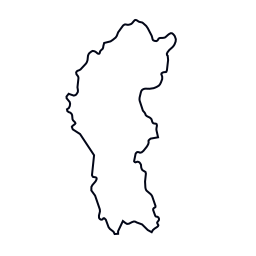 the Metropolitan department of Orne, rotated 263°
{"feature_id": "FRA-5332", "entity_name": "Orne", "entity_type": "Metropolitan department", "adm_level": 1, "iso_a3": "FRA", "parent_name": "France", "parent_adm1": "", "projection": "equal_earth", "projection_center": [0.157, 48.576], "detail": "fine", "context": "isolated", "style": "outline", "palette": "ink", "viewbox_px": 256, "rotation_deg": 263, "n_neighbors": 0, "source": "natural_earth", "source_scale": "10m", "svg_char_len": 3440}
<svg xmlns="http://www.w3.org/2000/svg" viewBox="0 0 256 256"><g transform="rotate(263 128 128)"><path d="M21.7,138.8L24.3,135.2L30.6,130.2L33.2,125.1L34.1,123.9L34.5,122.5L34.1,120.5L32.9,117.3L32.9,115.4L34.0,113.9L36.3,111.6L26.8,105.6L24.2,105.3L24.4,101.8L26.8,101.0L30.1,97.7L32.0,96.6L39.7,94.8L41.3,93.5L41.4,92.6L41.0,92.2L40.5,91.7L40.2,90.9L40.4,89.9L41.0,89.1L41.8,88.5L42.6,88.3L44.6,88.5L48.6,90.0L50.7,90.1L64.9,87.1L70.5,84.0L74.0,84.5L75.8,85.8L79.0,89.3L80.8,90.5L81.5,90.7L82.1,90.7L82.7,90.3L83.1,89.5L83.3,88.8L83.6,87.6L83.9,87.1L85.6,86.5L105.1,91.0L127.8,79.7L133.4,73.0L136.0,72.4L136.8,73.1L138.3,75.7L139.1,76.4L140.1,76.1L142.3,74.4L143.4,74.0L147.5,74.1L148.7,73.8L150.2,72.7L151.0,71.1L152.1,69.9L154.0,69.7L155.0,71.7L156.9,72.9L159.1,73.5L160.9,73.3L165.0,70.7L166.7,70.8L169.2,73.3L168.8,74.0L166.8,78.1L166.9,79.2L167.4,80.5L168.1,81.2L169.7,82.5L170.8,82.8L171.9,82.9L174.6,82.8L183.5,84.9L184.6,84.9L185.6,84.6L187.6,83.4L189.4,83.3L190.3,83.9L190.9,84.8L191.1,85.8L191.4,86.8L191.9,88.0L197.2,94.3L198.6,95.3L200.3,96.1L204.6,97.1L205.9,97.8L206.7,98.4L207.3,99.2L208.3,100.9L208.7,101.9L208.8,102.1L208.6,103.1L208.3,103.9L207.8,104.8L207.0,105.7L206.0,106.6L205.3,107.5L205.3,108.6L206.1,109.2L207.4,109.6L208.2,110.4L209.8,112.6L211.1,113.2L212.3,113.5L215.3,114.7L216.1,121.2L217.3,123.6L219.3,126.8L220.8,128.1L224.2,129.9L230.3,135.6L230.9,136.7L231.2,137.7L231.0,138.4L230.9,138.8L230.8,139.1L230.5,140.1L230.4,141.1L230.5,142.2L230.8,143.6L231.2,144.4L231.9,145.3L232.9,146.3L234.2,147.8L234.3,148.9L233.7,150.0L232.8,151.0L232.1,151.9L231.7,152.9L231.0,154.9L230.3,155.7L227.1,158.5L224.6,159.8L216.8,162.7L215.2,163.0L213.2,163.2L212.3,163.5L211.8,164.0L211.2,165.1L210.8,166.7L211.2,167.8L212.0,168.6L212.9,169.2L213.4,170.2L213.4,171.4L213.2,173.3L213.2,174.5L213.3,175.6L213.5,176.0L213.7,176.4L215.7,179.3L216.4,180.6L216.9,182.1L216.6,183.3L215.7,184.2L214.9,184.8L213.5,185.6L210.3,186.3L208.0,185.8L205.2,184.3L203.9,183.2L202.8,182.0L200.4,178.5L198.3,176.4L196.9,175.6L195.8,175.6L195.3,175.8L195.1,176.0L194.9,176.2L190.6,176.1L180.7,173.7L179.1,172.9L178.9,172.4L179.0,171.1L179.0,170.2L178.8,169.2L178.2,168.0L177.3,167.6L176.3,167.9L174.7,168.2L172.4,167.9L169.3,166.3L167.5,165.1L166.3,163.8L165.4,161.8L164.9,160.3L164.4,158.3L164.3,154.2L164.9,150.2L164.9,149.1L164.7,148.0L164.1,146.7L163.2,145.8L161.8,145.1L157.0,143.3L155.2,142.9L153.6,142.9L143.4,144.9L141.5,146.2L140.3,146.8L138.8,147.1L137.7,147.9L136.9,149.0L136.0,150.4L135.2,151.4L134.5,151.9L134.0,152.3L132.7,152.6L131.8,152.7L131.1,152.9L130.4,153.1L129.7,153.6L129.3,154.4L128.9,156.2L128.3,156.9L126.7,157.0L124.6,156.3L123.2,156.0L122.0,156.0L115.1,156.7L114.7,149.2L114.0,148.0L113.1,146.9L112.1,146.7L111.0,146.7L109.3,146.0L107.3,144.5L103.4,140.5L102.2,138.6L102.0,136.9L102.7,135.8L103.0,134.2L102.4,133.2L101.5,132.4L94.3,130.0L93.4,130.5L93.0,131.2L93.2,132.3L93.4,133.2L93.1,134.2L92.5,135.1L91.4,135.8L89.9,136.4L87.3,136.3L85.7,136.6L84.4,137.2L83.3,138.6L82.7,139.4L82.2,140.0L80.5,140.2L72.8,138.4L66.9,138.0L65.5,138.1L64.3,138.4L63.4,138.9L59.5,142.5L58.4,143.2L57.2,143.7L47.2,145.8L46.1,145.5L45.7,144.7L45.3,143.8L44.5,143.1L43.4,143.0L37.7,144.3L36.9,144.7L36.5,145.5L36.3,146.4L35.5,147.3L34.1,147.7L33.0,147.5L32.1,146.8L31.4,146.0L30.5,145.4L29.6,145.5L28.8,145.9L27.8,146.3L26.9,145.8L26.3,145.0L24.9,142.1L23.6,140.2L21.7,138.8Z" fill="none" stroke="#020617" stroke-width="2"/></g></svg>